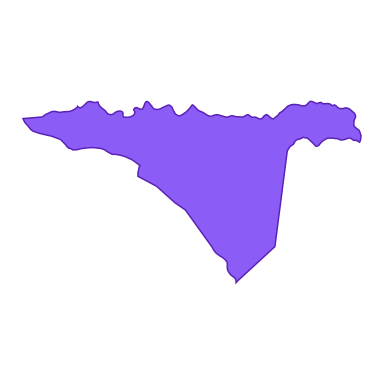 outline of Dugard, Micoud, Saint Lucia
{"feature_id": "8701671B98916205392785", "entity_name": "Dugard", "entity_type": "district", "adm_level": 2, "iso_a3": "LCA", "parent_name": "Saint Lucia", "parent_adm1": "Micoud", "projection": "equal_earth", "projection_center": [-60.915, 13.81], "detail": "fine", "context": "isolated", "style": "filled", "palette": "violet", "viewbox_px": 384, "rotation_deg": 0, "n_neighbors": 0, "source": "geoboundaries", "source_scale": "gbopen_adm2", "svg_char_len": 5999}
<svg xmlns="http://www.w3.org/2000/svg" viewBox="0 0 384 384"><path d="M23.0,118.6L23.9,120.6L25.2,122.9L27.8,125.8L30.8,129.5L32.5,130.9L34.8,131.8L39.6,133.4L47.6,135.3L51.0,136.0L58.5,138.7L61.0,139.9L65.5,144.6L67.2,146.9L68.7,147.6L68.6,148.2L69.4,148.3L71.1,148.8L72.9,149.9L75.4,149.8L76.8,149.8L80.9,148.7L88.0,147.8L91.9,147.6L95.2,147.8L100.1,148.3L101.6,148.7L104.7,149.8L107.3,151.7L112.1,154.3L116.0,154.4L120.3,155.2L122.7,155.9L125.8,156.9L130.1,158.9L131.9,159.7L134.3,161.3L138.7,164.6L140.0,165.7L139.6,166.0L139.2,167.0L138.9,168.0L138.8,169.1L138.6,170.0L138.1,171.6L137.9,174.4L137.9,176.3L156.6,186.3L175.1,202.9L185.4,210.0L212.5,247.7L212.9,248.6L213.0,248.8L213.4,249.6L213.7,250.1L214.8,251.5L215.7,252.6L216.1,253.1L216.7,253.5L217.5,254.1L219.8,255.9L221.1,256.6L222.2,257.3L222.8,257.7L223.6,258.3L224.8,259.3L225.1,259.6L225.7,260.3L226.3,261.1L226.6,261.5L226.9,261.9L227.1,262.4L227.2,262.7L227.2,263.0L227.3,263.4L227.3,264.1L227.3,265.3L227.2,266.2L227.2,266.8L227.4,268.6L227.5,269.5L227.6,269.8L227.7,270.3L228.0,270.8L228.5,271.7L229.2,272.9L230.0,274.0L231.0,275.1L232.0,275.9L233.0,276.6L233.8,277.2L234.8,278.1L235.3,278.7L235.6,279.2L235.8,279.7L236.0,280.6L236.0,281.1L236.1,282.6L237.1,281.4L274.9,246.6L287.2,151.5L287.6,150.4L289.6,147.1L291.4,145.5L293.4,144.3L295.0,141.4L296.4,140.0L298.2,139.3L299.9,139.0L303.4,137.3L305.3,137.9L307.2,138.0L310.0,140.3L313.2,143.4L315.7,146.1L316.6,146.3L317.7,145.9L318.7,145.5L320.4,143.3L322.1,141.5L325.3,139.3L327.6,138.2L331.7,138.1L333.1,138.2L335.5,138.6L337.5,138.6L339.3,139.6L342.1,140.0L343.8,139.7L349.5,137.9L350.8,138.4L353.8,140.4L355.3,140.3L356.2,140.5L356.6,140.5L357.6,141.2L359.6,142.2L360.4,140.5L360.8,137.8L361.0,135.6L359.9,132.1L359.4,130.8L358.7,130.0L355.4,127.5L354.3,126.4L353.8,124.9L353.8,123.3L354.1,120.4L355.6,117.0L355.5,115.5L354.5,113.3L349.2,108.7L345.8,107.8L342.3,108.7L340.7,108.5L339.2,108.4L337.5,107.3L336.2,106.0L334.6,104.9L333.0,105.5L331.7,105.3L330.2,104.1L327.9,103.5L325.7,103.7L322.6,103.7L321.1,102.4L318.4,102.9L317.1,103.7L314.1,102.4L312.1,101.5L310.0,101.4L308.2,103.1L306.6,104.9L306.2,105.2L305.4,105.5L304.7,105.7L304.5,105.8L303.3,105.9L302.3,105.8L301.2,105.6L299.5,105.1L298.0,104.8L296.7,104.6L295.7,104.5L293.4,104.5L292.8,104.5L292.2,104.6L291.5,104.7L290.7,104.9L288.5,105.8L288.1,106.0L287.2,106.6L286.9,106.9L285.7,108.2L283.7,109.9L282.2,111.3L281.5,111.8L280.2,112.6L279.7,112.9L279.1,113.5L278.3,115.0L278.1,115.1L277.8,115.4L277.1,116.0L276.8,116.1L276.7,116.3L275.8,117.0L275.5,117.3L274.3,118.2L273.7,118.6L273.1,118.9L272.9,118.9L272.7,118.9L272.2,118.7L271.3,118.2L270.0,117.2L267.9,115.3L267.7,115.1L267.2,114.9L266.7,114.7L266.1,114.6L265.9,114.7L265.7,114.8L265.4,115.2L264.5,115.7L264.1,116.0L263.8,116.3L263.2,117.0L262.3,118.2L262.1,118.3L261.4,118.7L260.4,119.0L260.1,119.1L259.9,119.0L259.3,118.7L259.1,118.7L258.1,118.4L257.3,118.0L256.4,117.5L255.4,117.2L255.1,117.1L254.4,117.1L253.2,117.3L252.7,117.3L252.3,117.2L251.8,117.1L251.4,116.9L250.7,116.5L248.7,114.9L248.4,114.8L248.1,114.7L247.5,114.7L247.1,114.8L246.8,114.9L246.1,115.3L244.4,116.3L243.8,116.6L242.6,117.0L242.1,117.1L241.8,117.1L240.6,116.9L239.5,116.8L239.0,116.8L237.3,116.8L236.5,116.7L235.6,116.6L234.9,116.4L233.7,116.1L232.9,115.8L232.3,115.7L231.7,115.7L231.2,115.8L229.3,116.5L227.9,117.0L227.4,117.1L226.2,117.1L225.9,117.0L224.6,116.7L222.2,116.0L220.7,115.6L219.2,115.1L217.9,114.8L217.4,114.7L216.1,114.7L214.9,115.0L213.7,115.3L212.8,115.7L212.1,116.0L211.3,116.2L210.9,116.2L209.5,116.1L209.0,116.0L207.2,115.1L205.7,114.2L204.1,113.1L203.4,112.6L202.6,112.3L201.8,111.9L200.5,111.4L199.0,110.7L198.3,110.3L197.3,109.5L196.8,109.0L196.3,108.4L194.7,106.6L194.1,106.1L193.4,105.5L192.8,105.0L192.3,104.9L192.1,105.0L191.3,106.1L191.0,106.6L190.0,107.8L189.4,108.6L187.3,110.8L185.7,112.3L184.9,112.8L184.5,113.1L182.3,114.6L180.9,115.3L180.2,115.7L179.8,115.9L179.2,115.9L178.6,115.8L177.9,115.5L176.7,114.9L176.0,114.4L175.4,113.9L175.1,113.5L174.6,112.6L173.7,111.0L172.8,109.2L172.3,108.1L172.0,107.3L171.6,106.8L171.1,106.4L170.1,105.5L169.6,105.2L169.4,105.1L169.1,105.1L168.4,105.1L167.4,105.4L166.5,105.8L166.3,105.9L165.9,106.1L165.1,106.4L164.2,106.9L163.5,107.2L162.9,107.4L162.5,107.6L161.3,108.3L160.3,108.8L159.1,109.2L157.4,109.5L155.7,109.4L155.0,109.2L154.6,109.0L153.8,108.7L153.4,108.4L152.5,107.4L152.1,106.7L151.7,106.0L150.4,104.5L149.4,103.2L149.0,102.8L148.4,102.2L147.5,101.7L147.0,101.5L146.8,101.5L146.6,101.5L146.3,101.6L146.1,101.7L145.8,102.0L145.6,102.2L145.1,103.1L144.9,103.5L144.1,105.5L143.5,107.0L143.1,107.9L142.6,108.5L142.3,108.9L141.9,109.3L141.0,109.3L140.6,109.2L139.1,108.7L138.6,108.4L138.0,108.1L137.3,107.8L136.5,107.6L136.0,107.6L135.8,107.6L135.3,107.8L134.8,108.1L134.2,108.8L133.7,109.3L133.7,109.6L134.1,110.6L134.3,111.1L134.6,111.5L134.8,112.1L134.8,112.7L134.7,113.4L134.6,113.7L134.5,113.9L133.8,114.8L133.2,115.3L132.6,115.7L131.2,116.5L130.4,116.8L129.7,117.0L128.4,117.2L127.4,117.3L124.8,117.2L124.1,117.0L123.4,116.7L123.1,116.4L122.9,115.9L122.9,114.8L123.0,114.4L123.1,114.0L123.0,113.5L122.9,112.9L122.8,112.6L122.0,111.6L121.8,111.5L121.0,111.2L119.8,111.0L119.2,111.0L118.5,111.1L117.7,111.3L116.2,111.9L115.5,112.2L114.9,112.7L113.0,114.2L111.4,114.6L111.1,114.6L110.8,114.6L109.8,114.5L108.9,114.3L108.0,113.9L107.8,113.8L106.8,112.7L106.1,111.8L105.5,111.1L105.0,110.5L102.0,108.2L101.6,107.8L99.8,106.0L99.6,105.8L99.3,105.3L98.9,104.6L98.4,103.6L98.3,103.1L98.1,102.4L98.0,102.2L97.8,102.0L95.4,102.4L95.0,102.5L94.4,102.5L93.2,102.3L90.7,101.5L89.7,101.5L88.5,101.7L87.7,102.0L87.3,102.2L86.7,102.7L86.2,103.2L84.7,104.8L83.7,105.7L82.4,106.7L81.8,107.1L81.0,107.6L80.6,107.7L80.4,107.8L80.0,107.8L79.5,107.6L78.9,107.4L78.5,107.2L77.9,106.8L77.7,106.6L77.6,106.4L77.1,107.3L74.4,109.4L71.6,110.8L69.2,111.5L64.8,111.7L62.1,112.0L59.8,112.4L54.6,111.3L51.5,111.7L49.3,112.8L46.3,114.1L44.0,115.6L42.6,116.9L23.0,118.6Z" fill="#8b5cf6" stroke="#5b21b6" stroke-width="1.5"/></svg>